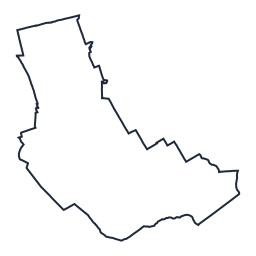 Dumbrava, Timis, Romania
{"feature_id": "2599482B982820047734", "entity_name": "Dumbrava", "entity_type": "district", "adm_level": 2, "iso_a3": "ROU", "parent_name": "Romania", "parent_adm1": "Timis", "projection": "albers", "projection_center": [22.126, 45.823], "detail": "fine", "context": "isolated", "style": "outline", "palette": "slate", "viewbox_px": 256, "rotation_deg": 0, "n_neighbors": 0, "source": "geoboundaries", "source_scale": "gbopen_adm2", "svg_char_len": 5552}
<svg xmlns="http://www.w3.org/2000/svg" viewBox="0 0 256 256"><path d="M239.2,194.0L239.2,193.3L239.0,192.4L238.3,191.2L237.5,190.4L237.1,189.7L236.7,188.8L236.3,187.1L236.2,185.8L236.1,184.3L236.1,183.5L236.5,181.6L236.7,179.7L237.1,178.1L237.1,177.3L236.9,175.7L237.0,174.7L237.1,173.7L237.9,170.8L236.8,170.7L234.4,170.9L233.4,170.8L232.2,170.9L231.1,171.1L226.8,171.3L223.8,171.5L223.3,171.6L222.4,171.7L220.8,171.7L219.1,172.1L219.0,171.1L218.8,170.3L218.5,169.4L217.2,167.4L216.3,166.1L213.7,164.9L212.5,164.7L211.7,164.7L211.1,164.3L209.8,163.3L209.2,162.5L208.8,161.8L208.7,161.1L208.5,160.6L208.1,160.1L207.6,159.7L207.2,159.6L206.8,159.4L206.3,159.3L205.3,158.9L204.3,158.7L203.9,158.4L203.1,158.3L202.7,158.4L202.0,158.3L201.6,158.0L201.3,157.5L201.3,157.1L201.2,156.7L201.0,156.2L200.4,155.3L200.2,155.0L199.7,154.7L199.4,154.2L199.1,154.2L186.1,161.8L185.6,160.8L183.8,158.0L183.2,156.8L182.0,154.9L179.5,150.4L177.8,147.7L176.7,145.4L175.9,144.5L174.1,141.6L171.4,143.3L167.4,145.5L165.5,142.1L163.4,138.7L156.6,142.7L157.0,143.3L155.3,144.4L150.3,147.4L148.9,148.1L147.8,148.9L147.1,149.3L146.1,147.8L144.8,145.6L144.1,144.6L143.3,143.4L140.8,138.7L140.7,138.6L138.8,135.3L138.4,134.7L138.1,134.1L137.3,132.8L136.8,131.9L136.5,131.4L136.3,131.1L136.1,130.7L135.7,130.1L131.2,132.1L128.6,133.5L127.3,131.1L125.3,128.0L120.3,119.2L118.9,117.1L118.6,116.3L114.8,109.9L114.4,109.4L112.8,106.2L112.5,105.8L111.9,104.5L110.7,102.4L110.5,101.7L109.7,100.6L109.2,99.7L108.8,98.8L103.1,98.2L102.0,98.2L102.0,97.9L102.4,97.6L102.4,97.4L102.1,97.2L101.9,90.6L101.8,90.0L102.0,86.9L101.8,81.6L102.5,81.5L103.2,81.8L103.2,82.0L103.0,82.4L103.0,82.7L103.2,83.0L103.6,83.3L104.1,83.4L104.6,83.2L105.0,83.1L106.0,83.2L106.3,83.1L106.5,82.6L107.2,81.0L107.2,80.6L106.9,80.3L106.3,80.2L105.6,80.2L105.0,80.4L104.7,80.2L104.2,79.9L103.6,79.7L102.6,77.4L100.9,72.0L99.1,65.9L99.0,65.7L94.3,67.5L94.0,66.6L93.5,65.6L93.2,65.2L92.9,64.4L92.6,63.7L92.4,63.1L91.4,61.0L90.3,58.8L89.4,56.5L89.3,55.5L89.3,54.6L89.2,54.3L89.2,53.7L89.3,52.8L90.8,51.9L89.8,49.7L90.0,49.6L90.1,49.3L90.0,48.9L89.5,48.5L89.3,47.9L89.5,47.7L89.8,47.4L90.1,47.5L90.5,47.6L91.0,47.4L91.0,47.1L90.7,46.9L90.5,46.7L91.2,46.5L91.3,46.3L91.0,46.1L90.9,45.9L90.8,45.7L90.7,45.6L90.7,45.4L91.2,45.3L91.3,45.1L91.4,44.5L91.6,43.6L91.9,43.2L92.3,43.0L92.3,42.1L91.8,42.1L90.7,42.0L90.4,42.0L88.3,43.0L87.7,43.4L87.2,43.5L85.9,44.2L85.6,43.8L85.2,43.0L84.7,42.0L84.5,41.0L84.4,40.4L83.4,37.9L82.9,36.3L82.4,34.5L81.6,32.6L80.9,30.7L80.6,29.9L80.0,28.1L79.5,26.7L77.2,20.3L77.2,20.1L77.3,19.9L77.5,19.6L78.8,18.3L78.8,17.9L78.9,16.8L79.1,15.4L78.7,15.5L77.1,15.9L74.8,16.5L73.2,16.8L72.2,17.2L71.7,17.2L70.9,17.5L70.1,17.6L67.4,18.3L65.9,18.5L63.9,19.1L63.6,19.2L62.3,19.6L61.8,19.6L60.9,19.8L59.2,20.1L56.7,20.7L55.6,21.3L54.6,21.6L54.0,21.7L53.5,21.7L53.1,21.8L52.7,22.0L52.3,22.0L51.9,22.3L51.6,22.3L51.5,22.5L50.0,22.7L49.7,22.5L48.7,22.8L47.5,22.8L46.3,22.9L40.6,24.5L39.2,25.0L36.1,25.7L35.9,25.8L35.8,25.5L34.3,25.9L25.9,27.9L23.2,28.7L17.3,30.1L19.4,39.3L23.1,54.4L23.3,55.5L16.8,55.6L16.8,56.1L17.2,56.6L17.8,57.1L18.4,57.4L18.4,57.5L19.1,58.8L19.8,59.8L21.1,61.9L21.5,62.9L22.3,63.9L23.1,65.4L23.5,66.4L23.6,66.7L23.8,67.1L24.0,67.5L24.6,68.4L25.1,69.3L25.9,70.8L27.7,74.1L28.6,76.0L29.2,77.5L29.5,78.5L29.7,79.3L30.3,80.7L30.9,82.9L31.6,84.7L31.6,85.0L31.8,85.3L32.0,85.6L32.2,86.1L32.9,88.5L33.3,89.4L34.0,91.4L34.1,92.0L34.2,92.8L34.9,94.7L35.1,95.9L35.6,97.9L36.0,98.9L37.7,103.7L36.7,104.0L37.0,104.8L37.6,106.6L37.4,106.8L37.5,106.9L37.9,107.3L38.2,107.5L38.3,107.7L38.3,108.0L38.2,108.1L37.9,108.1L37.3,107.5L37.1,107.3L36.8,107.3L36.5,107.4L36.4,107.8L36.4,108.0L36.2,108.5L35.9,108.9L36.0,109.3L36.8,111.1L37.5,112.3L37.3,112.4L37.1,112.3L36.9,112.1L36.1,112.6L35.8,112.6L35.6,112.7L35.5,113.0L35.6,113.6L35.6,115.3L35.3,119.9L34.8,125.8L35.5,127.8L29.9,129.6L28.3,130.2L22.1,132.3L21.2,132.7L21.0,132.9L21.0,133.1L21.1,133.9L21.8,136.7L18.7,137.6L19.0,137.9L20.0,139.0L20.4,139.7L20.9,141.3L21.5,142.1L22.7,143.3L23.6,144.5L20.9,148.1L19.5,151.5L19.0,153.4L18.9,154.5L18.9,155.3L19.0,156.3L19.7,159.0L20.5,159.6L21.3,159.9L22.7,160.5L28.0,163.2L28.0,163.4L26.6,167.7L26.6,168.0L39.4,184.7L41.2,187.0L49.4,195.2L52.5,198.6L63.5,209.8L63.8,209.9L67.2,208.1L74.4,204.0L85.1,212.8L85.6,213.1L87.6,214.8L88.1,215.1L88.3,215.6L89.8,217.8L91.5,219.8L92.9,221.8L93.9,222.9L95.1,223.8L95.4,224.4L95.9,225.1L96.3,225.2L96.5,225.4L96.7,225.6L97.3,226.6L97.9,227.5L99.7,229.4L100.1,230.8L100.8,232.6L104.5,235.0L105.9,236.5L109.7,237.5L112.1,237.8L113.8,238.3L115.1,238.8L119.7,240.1L121.3,240.6L121.9,240.5L122.9,239.9L124.2,239.3L125.6,238.9L126.2,238.9L127.5,238.1L128.5,237.4L129.9,236.6L133.8,233.6L134.5,233.2L139.6,229.6L141.1,228.4L142.0,227.6L143.9,226.2L144.8,226.4L146.3,226.6L147.1,226.4L147.7,226.4L148.4,226.8L149.1,226.9L152.5,226.2L154.0,225.8L154.3,225.7L154.8,224.6L155.1,224.5L156.2,223.4L157.1,223.0L157.6,222.0L158.3,221.4L160.9,220.0L161.9,219.4L162.4,219.2L162.9,219.4L163.4,219.3L164.6,219.1L166.2,218.0L167.0,218.1L167.6,218.0L168.7,217.5L169.5,217.4L170.5,217.5L171.5,217.7L172.1,218.0L172.6,218.4L173.0,218.6L174.1,218.5L174.9,218.3L175.5,218.0L176.0,217.5L176.8,217.1L177.5,217.1L178.1,217.4L179.2,217.4L179.6,217.5L179.8,217.6L180.1,217.5L180.4,217.2L180.9,216.6L181.1,216.4L183.3,215.7L184.4,215.2L186.2,214.9L187.7,214.8L189.6,215.4L190.8,216.0L192.0,216.7L192.6,217.9L193.3,219.8L194.4,221.6L194.7,222.3L195.3,223.1L196.3,223.8L198.3,225.0L199.3,223.8L202.2,221.7L211.7,214.8L232.3,199.3L239.2,194.0Z" fill="none" stroke="#1e293b" stroke-width="2"/></svg>